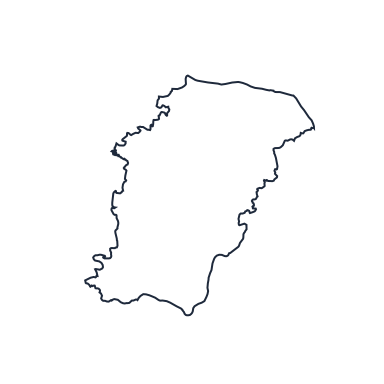 the district of Mompós, Bolívar, Colombia, rotated 142°
{"feature_id": "7082276B99347605500180", "entity_name": "Mompós", "entity_type": "district", "adm_level": 2, "iso_a3": "COL", "parent_name": "Colombia", "parent_adm1": "Bolívar", "projection": "mercator", "projection_center": [-74.509, 9.146], "detail": "fine", "context": "isolated", "style": "outline", "palette": "slate", "viewbox_px": 384, "rotation_deg": 142, "n_neighbors": 0, "source": "geoboundaries", "source_scale": "gbopen_adm2", "svg_char_len": 6098}
<svg xmlns="http://www.w3.org/2000/svg" viewBox="0 0 384 384"><g transform="rotate(142 192 192)"><path d="M56.5,167.3L55.5,168.7L54.5,171.3L53.6,174.8L53.9,179.0L53.3,187.5L53.4,192.2L52.3,201.6L52.7,205.6L53.4,206.1L61.1,216.5L64.8,219.5L65.7,221.5L65.5,221.8L67.7,224.1L68.4,224.3L70.6,226.8L73.3,230.3L78.3,235.3L80.8,239.1L82.5,242.9L84.8,246.6L86.6,248.9L87.9,250.3L92.9,253.5L99.1,256.5L102.7,258.6L104.8,261.4L112.0,268.5L119.0,276.2L120.4,278.2L123.6,286.3L124.8,286.6L125.9,286.2L127.4,285.0L130.3,280.8L131.0,280.5L132.8,280.3L135.5,280.5L140.0,282.0L144.0,285.4L145.6,284.0L146.0,284.1L147.1,283.9L147.1,283.7L148.0,283.3L149.8,282.8L151.9,282.6L156.4,284.8L159.3,287.6L160.6,285.9L162.4,285.5L163.0,285.1L164.8,283.2L167.0,281.6L166.6,279.8L165.5,278.0L164.1,277.6L161.9,278.4L161.6,278.3L160.8,276.8L160.5,274.9L158.2,273.8L158.9,272.6L159.0,271.1L160.2,270.0L163.1,269.4L164.5,267.6L164.9,267.6L165.2,268.7L165.1,269.7L164.7,270.7L164.9,271.6L166.5,273.6L166.9,273.8L167.7,273.7L170.4,272.3L171.2,272.7L171.5,272.6L172.6,270.4L173.3,269.8L174.4,270.0L176.9,271.5L177.5,272.2L177.9,272.4L178.8,271.7L180.8,269.4L182.4,268.0L182.9,268.2L183.0,268.8L182.7,270.0L183.2,270.1L183.8,269.9L186.0,267.1L186.9,266.6L188.2,268.1L188.8,268.5L190.5,273.3L192.0,274.5L192.7,275.5L195.0,276.3L195.3,275.1L194.7,272.2L194.9,272.0L196.6,271.6L198.1,271.6L200.0,273.4L202.5,274.0L204.9,274.3L205.2,274.9L205.7,277.5L206.6,278.4L207.1,278.2L208.3,276.7L208.9,276.3L214.1,276.3L214.9,276.0L215.2,275.4L215.1,275.1L213.3,272.5L214.5,271.1L216.0,270.6L216.9,270.6L217.7,271.0L220.5,273.4L220.9,274.1L221.6,276.8L224.5,274.8L225.4,274.7L225.5,274.3L226.0,274.1L226.5,273.4L226.2,272.6L226.3,272.7L226.4,271.5L227.9,270.5L227.6,269.6L227.9,268.9L228.3,269.2L228.8,269.1L229.0,269.9L228.7,270.1L228.8,271.1L228.4,271.6L228.4,272.3L227.8,272.8L228.4,273.0L229.4,272.8L229.7,273.5L229.3,273.7L230.3,273.5L230.1,273.2L229.7,273.3L229.7,272.0L230.7,270.7L230.9,270.1L230.5,269.5L229.9,269.8L230.1,268.9L229.9,268.4L229.5,268.3L228.5,267.0L227.9,266.8L228.0,265.6L227.4,265.4L227.1,266.6L226.9,266.5L227.2,264.5L226.9,263.8L226.9,263.2L226.5,263.1L226.4,262.1L225.7,260.0L224.8,259.9L224.7,259.6L224.9,259.0L224.8,258.5L224.4,258.3L224.3,257.2L223.8,256.3L224.5,254.2L225.9,253.3L226.9,253.7L228.3,253.6L229.0,253.2L229.7,253.3L231.0,252.9L231.2,252.1L230.5,250.3L230.5,249.2L234.4,246.0L236.8,243.6L236.7,241.7L237.8,241.2L239.0,241.7L241.7,240.5L244.2,238.1L245.5,235.4L246.0,235.6L247.4,235.4L247.6,235.1L249.5,235.2L252.1,237.8L252.1,238.4L251.4,239.4L251.7,240.0L253.9,239.8L255.0,239.2L261.3,232.8L262.9,230.8L263.3,229.9L262.8,227.8L262.0,227.0L263.3,227.1L264.7,228.6L265.4,228.5L266.1,228.0L266.7,227.1L267.4,222.8L267.0,221.6L266.0,220.9L265.8,220.4L265.9,220.0L267.5,217.8L268.2,214.6L269.1,213.0L269.9,212.1L272.7,209.9L273.2,209.1L275.9,208.8L276.6,208.4L277.5,207.0L279.9,201.7L281.0,200.0L281.0,199.5L283.8,195.5L285.3,194.6L286.6,195.3L287.3,195.2L290.2,197.6L291.4,197.7L292.5,196.3L293.0,194.1L294.2,192.7L295.0,191.2L296.0,190.5L297.2,190.3L298.3,190.8L301.7,193.4L302.3,194.6L302.3,195.1L301.7,195.4L300.4,194.7L300.1,194.8L300.0,195.4L302.3,198.5L303.3,199.4L305.5,200.4L306.9,201.5L307.9,201.7L309.2,201.6L310.2,201.2L310.8,199.4L310.6,197.7L307.8,194.4L307.0,191.9L307.3,189.5L308.4,187.6L309.8,187.0L312.5,187.5L315.3,190.6L315.9,190.8L316.6,187.4L318.2,184.0L318.9,184.7L319.6,184.2L320.6,184.1L321.8,185.6L324.7,186.9L330.6,188.1L331.7,185.8L331.6,185.2L330.6,184.2L330.4,183.5L330.1,181.6L330.5,180.3L330.4,179.9L328.6,180.0L328.5,179.2L326.7,178.6L326.3,178.1L327.3,175.6L326.7,174.9L325.8,174.3L325.1,173.3L324.9,172.0L325.0,171.3L325.4,170.6L326.7,169.8L326.2,168.1L326.8,165.6L329.1,164.1L329.4,162.5L329.0,161.0L327.6,159.9L326.4,158.0L325.1,156.9L322.2,156.6L321.8,156.3L321.9,155.9L320.3,155.9L319.1,155.4L316.8,152.7L316.0,149.0L314.9,146.9L313.7,145.6L311.9,144.7L311.1,144.0L309.6,143.2L306.3,143.5L304.9,142.5L302.5,141.9L301.7,141.2L301.5,140.4L299.1,141.4L296.5,141.8L293.3,141.5L291.2,139.6L289.2,136.9L287.7,134.3L286.1,131.4L284.8,127.4L284.0,126.0L282.0,124.6L279.1,121.5L277.3,118.2L274.5,111.4L272.4,107.0L272.1,105.3L272.3,105.2L272.3,102.2L272.8,100.6L272.6,99.0L272.0,98.1L270.9,97.2L269.4,96.4L267.7,96.4L266.4,96.7L265.0,97.4L262.5,99.7L260.3,100.4L255.8,99.9L252.5,98.8L249.4,98.4L245.1,100.5L242.6,102.0L240.3,104.0L238.8,107.0L235.7,110.3L232.9,112.8L231.7,114.2L227.7,116.9L224.7,118.5L219.8,123.1L215.7,125.7L214.0,126.4L211.6,126.6L209.2,125.8L207.2,124.1L205.7,121.4L205.0,120.7L204.2,120.1L203.3,119.9L202.4,119.9L200.4,120.9L199.5,120.4L189.2,120.3L188.0,120.7L185.6,122.3L180.5,123.7L179.5,124.6L177.4,127.1L176.1,127.7L174.8,128.0L174.0,128.5L172.0,129.0L169.3,132.6L170.2,134.8L174.9,136.5L175.2,137.0L175.0,137.7L174.3,138.9L173.1,139.7L171.9,142.2L168.5,144.9L167.0,145.1L165.3,143.8L163.3,143.2L162.0,143.9L160.5,143.4L159.6,143.7L159.1,143.1L158.6,142.0L158.8,141.2L159.3,140.1L159.3,139.7L156.8,138.8L154.6,138.2L153.7,138.3L152.2,139.0L152.0,139.7L154.1,141.6L153.9,142.0L153.6,142.1L153.4,143.2L152.2,143.4L151.9,143.1L151.2,143.5L150.5,145.1L150.8,146.2L150.4,146.8L150.5,147.6L150.3,148.1L149.4,148.5L148.4,148.5L147.2,147.6L146.2,147.2L145.4,147.4L144.0,148.1L143.1,148.1L142.4,150.1L141.2,152.2L140.1,152.2L139.0,152.8L139.1,153.8L138.5,154.3L136.2,153.6L134.9,152.2L134.2,152.0L131.3,151.9L130.5,152.7L129.9,153.9L128.8,154.7L128.3,156.7L127.7,157.0L126.6,155.3L125.9,155.5L125.5,155.0L125.5,154.3L125.1,153.7L121.9,151.0L120.6,150.6L119.3,151.2L116.1,151.2L115.1,152.1L115.4,155.3L114.3,156.2L114.0,157.9L112.5,158.8L111.5,158.1L111.4,157.7L110.9,157.7L108.8,159.6L104.9,167.2L103.7,170.4L103.5,171.8L102.6,172.9L102.0,174.9L101.1,175.8L99.6,175.5L97.0,173.6L95.8,172.9L94.4,172.7L91.7,172.9L87.4,175.2L87.0,175.2L86.3,174.9L85.0,173.5L82.3,173.0L81.2,172.3L80.5,171.4L80.1,169.5L77.8,170.9L75.3,170.6L73.2,169.9L72.4,169.9L71.3,170.3L69.9,171.6L69.2,170.5L68.2,169.7L65.7,170.6L63.7,170.0L61.5,169.0L60.7,168.3L59.8,168.0L58.8,168.9L58.2,169.0L57.7,168.1L56.5,167.6L56.5,167.3Z" fill="none" stroke="#1e293b" stroke-width="2"/></g></svg>